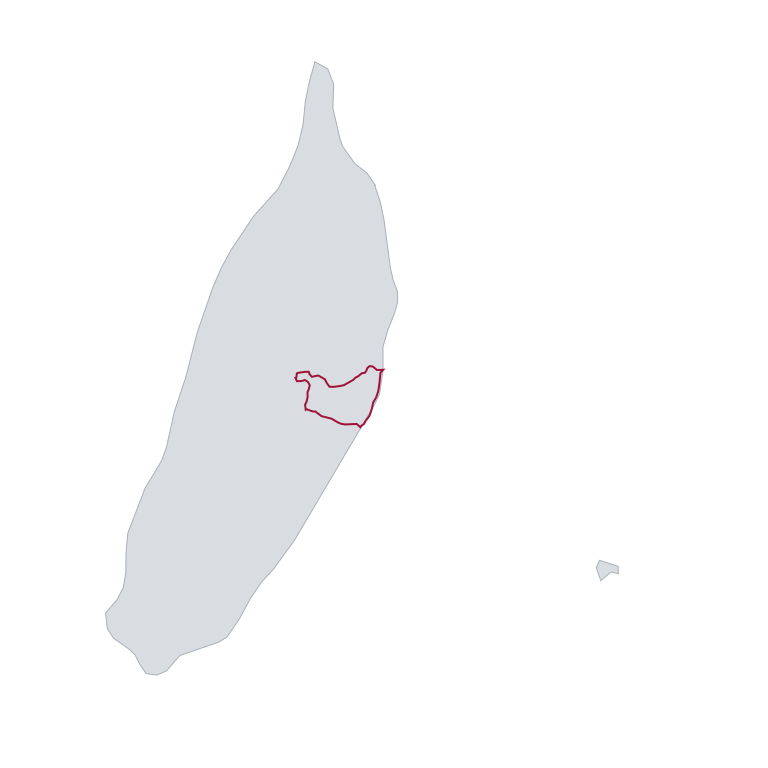 where Yunlin sits in Taiwan, rotated 186°
{"feature_id": "TWN-1176", "entity_name": "Yunlin", "entity_type": "County", "adm_level": 1, "iso_a3": "TWN", "parent_name": "Taiwan", "parent_adm1": "", "projection": "equal_earth", "projection_center": [120.426, 23.673], "detail": "fine", "context": "in_parent", "style": "outline", "palette": "rose", "viewbox_px": 768, "rotation_deg": 186, "n_neighbors": 0, "source": "natural_earth", "source_scale": "10m", "svg_char_len": 1806}
<svg xmlns="http://www.w3.org/2000/svg" viewBox="0 0 768 768"><g transform="rotate(186 384 384)"><path d="M509.9,566.6L501.3,588.6L494.4,611.8L491.6,633.8L491.8,656.5L489.8,676.9L486.4,697.2L472.8,691.4L465.4,676.9L463.7,653.1L453.8,624.3L450.1,616.1L435.9,600.0L423.0,592.0L413.0,580.2L414.3,581.2L406.9,565.2L401.4,548.2L389.8,500.1L385.8,488.4L380.5,477.8L379.0,467.3L380.8,455.7L385.8,438.2L388.9,420.7L386.4,396.8L387.4,373.2L391.2,362.7L456.7,219.2L474.4,188.7L485.3,173.8L494.4,156.9L503.1,135.6L513.6,116.1L521.2,110.1L558.6,92.7L570.3,76.0L579.6,70.8L590.2,71.1L597.1,79.1L603.2,88.5L609.7,93.6L626.3,102.8L633.6,111.7L636.9,127.1L626.9,141.7L621.9,154.8L621.1,169.4L622.9,189.1L623.2,208.8L610.8,255.2L597.3,284.1L593.7,298.6L589.6,334.4L581.8,370.3L575.1,416.0L564.1,463.1L557.8,482.8L550.0,501.6L531.2,537.3L509.9,566.6ZM147.8,211.1L153.8,223.5L151.2,231.2L132.1,227.1L131.1,219.6L138.3,221.0L147.8,211.1Z" fill="#d9dde1" stroke="#a8b0b8" stroke-width="1"/><path d="M386.3,398.1L388.7,394.7L388.6,384.0L389.0,376.0L390.5,369.6L392.8,364.6L393.5,358.1L394.7,352.4L395.4,350.4L398.6,345.1L399.2,343.4L399.6,342.4L402.6,339.6L403.0,338.6L407.0,341.4L418.7,339.7L422.7,340.0L426.2,341.1L432.4,344.0L442.8,345.5L449.3,349.4L452.3,349.3L458.7,350.9L459.2,350.4L460.3,355.1L459.2,358.2L458.6,362.9L459.2,367.9L458.2,371.2L457.7,375.0L459.8,378.0L462.9,379.7L466.5,378.3L470.9,377.7L472.3,380.1L472.0,380.0L471.8,383.3L471.8,385.5L469.7,386.4L463.5,387.9L460.2,388.3L458.9,385.7L456.4,383.6L452.0,385.1L450.0,385.5L443.3,382.5L440.7,378.6L437.9,375.6L434.2,375.8L427.5,377.4L423.7,378.7L415.1,384.8L413.1,387.3L410.7,388.8L407.0,392.5L404.2,393.1L403.1,395.0L402.2,398.2L400.1,400.3L396.9,400.2L392.5,397.2L386.9,397.9L386.8,398.0L386.3,398.1Z" fill="none" stroke="#9f1239" stroke-width="2"/></g></svg>